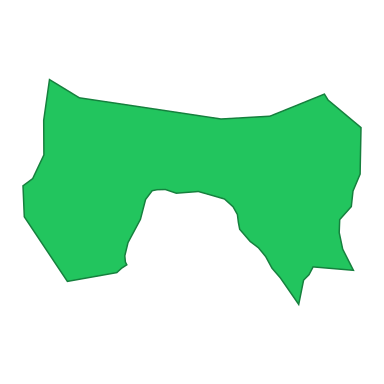 SVG path tracing the border of Šentilj
{"feature_id": "SVN-986", "entity_name": "Šentilj", "entity_type": "Municipality", "adm_level": 1, "iso_a3": "SVN", "parent_name": "Slovenia", "parent_adm1": "", "projection": "albers", "projection_center": [15.723, 46.676], "detail": "fine", "context": "isolated", "style": "filled", "palette": "green", "viewbox_px": 384, "rotation_deg": 0, "n_neighbors": 0, "source": "natural_earth", "source_scale": "10m", "svg_char_len": 697}
<svg xmlns="http://www.w3.org/2000/svg" viewBox="0 0 384 384"><path d="M221.0,119.0L269.9,116.2L324.4,94.1L328.1,100.1L361.0,127.6L360.1,174.1L353.0,191.0L351.3,206.6L339.7,219.6L339.2,232.6L342.7,249.2L353.4,270.3L313.1,266.9L309.0,274.7L303.6,280.1L298.7,304.4L280.3,277.8L272.0,268.2L265.7,256.6L258.5,247.8L250.2,241.5L239.7,229.3L238.4,222.5L237.4,214.5L233.1,206.8L224.5,199.0L198.4,191.5L176.3,193.2L165.4,189.5L157.1,189.7L152.2,190.7L145.6,199.4L140.4,219.4L128.0,242.6L124.8,255.8L125.4,262.1L126.8,264.8L121.6,268.2L116.8,272.6L67.4,281.4L24.3,216.8L23.0,185.8L32.7,178.6L43.9,154.9L43.7,120.3L49.5,79.6L79.3,97.8L221.0,119.0Z" fill="#22c55e" stroke="#15803d" stroke-width="1.5"/></svg>